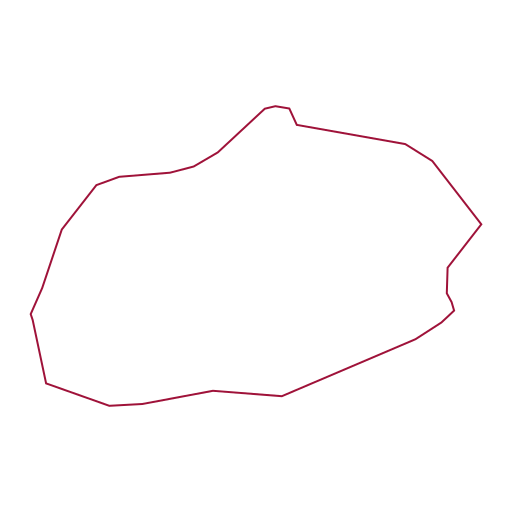 outline of Solcava
{"feature_id": "SVN-251", "entity_name": "Solcava", "entity_type": "Municipality", "adm_level": 1, "iso_a3": "SVN", "parent_name": "Slovenia", "parent_adm1": "", "projection": "equal_earth", "projection_center": [14.658, 46.411], "detail": "fine", "context": "isolated", "style": "outline", "palette": "rose", "viewbox_px": 512, "rotation_deg": 0, "n_neighbors": 0, "source": "natural_earth", "source_scale": "10m", "svg_char_len": 457}
<svg xmlns="http://www.w3.org/2000/svg" viewBox="0 0 512 512"><path d="M275.4,106.2L289.3,108.5L296.8,124.9L405.3,144.1L432.3,161.0L481.3,224.3L447.6,267.7L446.8,293.3L451.6,302.1L454.1,310.6L441.4,322.5L415.5,339.2L281.8,396.2L212.9,390.8L142.3,404.0L109.3,405.8L46.1,383.4L32.7,320.1L30.7,314.1L42.2,288.0L61.8,229.5L96.4,185.1L119.2,176.8L170.0,172.7L193.7,166.5L217.8,152.4L264.8,108.7L275.4,106.2Z" fill="none" stroke="#9f1239" stroke-width="2"/></svg>